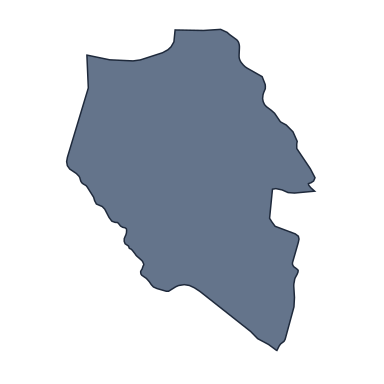 outline of Maysan, rotated 177°
{"feature_id": "IRQ-3226", "entity_name": "Maysan", "entity_type": "Province", "adm_level": 1, "iso_a3": "IRQ", "parent_name": "Iraq", "parent_adm1": "", "projection": "robinson", "projection_center": [47.004, 31.976], "detail": "fine", "context": "isolated", "style": "filled", "palette": "slate", "viewbox_px": 384, "rotation_deg": 177, "n_neighbors": 0, "source": "natural_earth", "source_scale": "10m", "svg_char_len": 2006}
<svg xmlns="http://www.w3.org/2000/svg" viewBox="0 0 384 384"><g transform="rotate(177 192 192)"><path d="M115.5,29.3L116.1,29.6L123.5,35.7L134.1,42.1L140.8,49.7L189.4,92.4L194.6,96.2L199.5,98.8L204.6,99.9L210.3,99.3L213.2,98.2L220.6,94.1L222.8,94.2L232.0,97.4L235.5,99.2L237.5,101.6L239.3,104.6L242.1,108.1L246.4,111.4L247.3,112.8L247.5,115.0L246.9,116.3L246.0,117.4L244.6,120.9L244.0,121.7L244.0,122.6L245.0,125.2L245.8,126.3L250.6,131.0L251.4,132.0L252.0,133.1L254.8,137.1L255.9,138.2L257.5,139.0L258.3,141.4L261.5,143.8L262.3,146.3L262.1,149.0L261.2,150.9L260.3,152.6L259.6,154.6L259.3,157.3L259.5,158.8L260.6,159.7L263.1,160.4L265.2,161.8L266.5,163.7L267.9,165.4L270.4,165.7L273.5,167.0L273.9,167.5L276.2,171.0L280.0,179.4L282.4,182.2L288.1,185.0L289.7,188.4L289.7,188.5L290.5,191.9L296.3,202.3L297.4,203.9L300.3,205.8L301.6,207.0L302.5,208.7L303.3,212.1L303.9,213.5L306.5,216.5L312.9,221.3L315.1,224.8L315.6,228.9L314.6,233.2L290.1,301.3L289.8,334.2L289.7,334.2L267.2,328.3L244.0,326.0L236.7,326.6L214.2,332.6L208.6,335.3L205.3,338.1L202.2,342.9L200.4,354.7L172.0,352.7L154.9,352.9L148.6,349.6L146.3,347.3L139.3,341.6L138.2,340.1L137.6,338.7L137.2,337.1L137.0,335.3L137.1,333.3L137.8,326.4L137.9,324.3L137.7,322.6L137.2,320.9L136.2,318.9L134.1,316.1L132.3,314.2L130.3,312.7L115.9,303.5L113.3,295.6L113.2,293.8L113.4,291.3L115.1,287.8L116.0,285.4L116.6,281.6L116.2,278.6L115.0,275.5L113.3,273.4L108.1,269.0L105.4,266.3L100.4,258.0L99.4,257.0L94.4,254.0L88.0,246.8L84.3,237.1L84.9,234.5L85.1,229.9L72.6,209.0L68.4,199.8L70.0,196.6L72.7,195.0L75.3,194.3L75.1,192.7L73.1,190.0L69.5,186.4L89.7,185.6L96.1,186.4L102.0,189.4L108.1,191.0L111.5,190.6L115.9,161.7L113.9,158.1L110.8,153.4L91.1,144.8L88.1,142.3L87.6,139.4L88.5,136.0L95.3,116.3L95.5,114.7L94.9,113.1L94.2,112.0L91.5,109.8L90.1,108.3L90.3,106.6L91.3,104.4L93.5,100.8L94.0,99.6L94.6,96.9L95.1,94.9L95.3,92.9L95.2,81.2L96.2,71.9L106.7,40.0L107.9,38.1L111.5,35.6L113.0,33.7L115.5,29.3Z" fill="#64748b" stroke="#1e293b" stroke-width="1.5"/></g></svg>